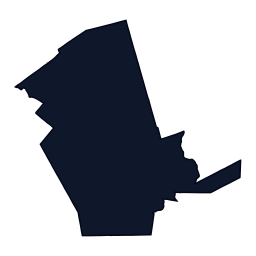 the district of Talpa, Teleorman, Romania
{"feature_id": "2599482B48667191952108", "entity_name": "Talpa", "entity_type": "district", "adm_level": 2, "iso_a3": "ROU", "parent_name": "Romania", "parent_adm1": "Teleorman", "projection": "mercator", "projection_center": [25.316, 44.288], "detail": "fine", "context": "isolated", "style": "filled", "palette": "ink", "viewbox_px": 256, "rotation_deg": 0, "n_neighbors": 0, "source": "geoboundaries", "source_scale": "gbopen_adm2", "svg_char_len": 5463}
<svg xmlns="http://www.w3.org/2000/svg" viewBox="0 0 256 256"><path d="M82.4,235.6L89.5,235.6L95.3,235.5L102.1,235.4L107.8,235.2L110.0,235.3L122.0,235.2L126.0,235.1L132.6,235.1L141.4,234.9L150.9,234.7L152.5,223.8L153.9,213.7L153.3,213.3L153.0,213.2L153.3,212.5L153.5,212.3L153.8,212.0L153.9,211.9L154.4,211.9L154.8,211.7L155.0,211.7L155.4,211.5L155.6,211.6L155.8,211.4L156.2,211.1L156.6,210.7L156.9,210.5L157.6,210.4L157.9,210.5L158.5,210.2L159.3,210.2L159.9,210.2L160.2,210.1L160.3,210.1L160.6,210.1L160.8,210.0L161.5,209.8L162.3,209.2L162.5,209.0L163.0,208.3L163.5,207.2L163.6,206.9L163.7,206.6L163.7,206.0L163.5,204.7L163.5,204.0L163.6,203.2L163.8,202.5L163.8,202.3L163.9,201.8L163.8,201.4L163.7,200.7L163.7,200.3L163.8,199.1L163.9,198.9L164.3,199.0L164.7,199.0L164.9,199.1L167.6,199.3L169.9,199.8L176.8,200.9L176.1,199.9L175.6,199.4L175.5,199.2L175.3,199.1L174.9,198.9L174.8,198.7L175.0,198.5L175.0,198.4L174.9,198.4L174.7,198.4L174.6,198.2L174.4,197.6L174.3,197.4L174.3,197.2L174.5,196.7L174.6,196.4L174.6,196.0L174.8,195.5L174.9,195.0L175.0,194.6L175.0,194.0L175.0,192.9L175.0,192.6L174.9,192.3L176.2,192.3L180.8,192.5L181.0,192.4L187.0,192.4L200.5,192.6L210.6,192.6L212.7,191.5L215.1,190.3L216.5,189.5L222.5,186.3L224.0,185.6L225.2,185.0L229.3,183.0L232.4,181.3L232.8,181.1L233.9,180.6L237.9,178.5L239.7,177.6L239.9,177.4L240.0,175.2L240.3,168.0L240.6,160.3L240.4,160.3L236.8,162.2L235.9,162.6L235.4,162.9L234.8,163.2L234.4,163.5L233.0,164.1L232.2,164.7L230.4,165.6L226.9,167.4L224.9,168.5L224.2,168.8L223.6,169.1L220.2,170.7L218.5,171.7L213.7,174.2L212.5,174.8L207.5,177.4L204.4,179.0L200.0,181.2L196.1,183.4L195.5,183.7L195.2,183.8L195.1,183.7L195.2,183.3L195.2,183.0L195.9,181.0L196.1,180.1L196.3,179.7L196.4,179.3L196.6,178.9L196.9,178.5L197.3,178.1L198.2,177.4L198.6,177.0L198.9,176.7L199.1,176.4L199.2,176.1L199.2,175.8L199.1,175.2L198.8,174.3L198.7,173.7L198.2,172.6L198.0,171.9L197.7,170.9L197.3,170.1L197.1,169.5L197.0,169.1L197.0,168.8L197.1,167.2L197.0,166.5L197.0,165.9L196.7,165.1L196.6,164.9L196.3,164.6L196.0,164.3L195.8,164.0L195.6,163.8L195.5,163.2L195.0,162.2L194.7,161.7L193.8,160.8L192.8,159.8L192.5,159.6L192.3,159.5L192.1,159.4L191.9,159.4L190.6,159.5L190.1,159.6L189.3,159.6L188.8,159.6L188.4,159.4L187.3,159.1L186.7,158.9L186.3,158.8L186.0,158.6L185.8,158.6L185.5,158.5L185.2,158.5L184.9,158.4L184.6,158.1L184.3,157.8L184.0,157.5L183.7,157.0L183.5,156.4L183.4,155.6L183.3,154.8L183.4,154.2L183.4,153.4L183.4,152.8L183.4,152.4L183.3,151.8L183.2,151.7L182.9,151.5L182.7,151.4L182.5,151.0L182.1,150.5L181.8,149.7L181.4,148.8L180.9,147.3L180.6,146.7L180.5,146.3L180.4,145.9L180.4,145.3L180.5,144.8L180.7,144.1L180.7,143.8L180.8,143.2L180.8,142.9L181.0,142.6L181.2,142.2L181.3,141.6L181.3,141.1L181.2,140.3L181.1,139.5L181.2,138.7L181.3,138.1L181.8,137.0L181.9,136.6L182.0,136.4L182.5,135.8L182.8,135.4L183.3,134.5L183.7,133.5L183.9,132.8L184.0,132.6L183.9,131.9L183.9,131.6L183.7,131.3L183.0,131.6L180.3,132.7L174.8,134.8L172.5,135.5L168.3,136.9L166.6,137.5L162.8,138.7L160.8,139.2L157.9,128.1L157.7,127.7L157.4,127.5L157.2,127.6L156.4,127.8L155.3,123.6L154.6,121.3L154.4,120.6L153.5,117.3L151.9,111.9L149.4,102.8L148.5,99.4L148.4,99.2L148.2,99.0L146.6,93.6L142.9,80.4L140.3,71.4L139.2,67.5L138.2,63.7L137.4,61.2L136.6,58.4L135.7,55.1L135.0,52.8L134.5,51.1L134.4,51.1L134.0,49.6L132.3,43.6L131.0,39.0L130.2,36.1L128.9,31.3L127.6,26.9L126.9,24.3L125.9,20.4L125.1,20.6L109.6,24.7L104.2,26.1L91.9,29.2L89.4,29.8L86.0,30.6L85.9,30.8L85.7,30.9L84.6,31.6L84.0,32.0L79.1,35.3L76.9,36.7L75.0,38.0L72.6,39.6L70.5,41.1L69.0,42.0L68.3,42.5L67.7,42.9L66.1,44.1L65.2,44.7L64.2,45.5L63.6,46.0L63.4,46.1L63.2,46.2L61.1,47.7L58.9,49.1L58.7,49.2L58.6,49.3L58.5,49.5L58.4,49.7L58.4,49.8L59.2,51.7L59.3,51.7L59.9,53.1L59.5,53.3L58.8,53.9L58.2,54.4L57.0,55.6L56.2,56.4L55.9,56.9L55.7,57.0L54.6,58.0L54.2,58.4L53.2,59.2L52.6,59.7L49.9,61.7L49.6,61.9L49.3,62.2L48.4,62.8L48.2,62.9L48.4,63.0L46.4,64.3L46.0,64.6L45.8,64.8L45.5,64.9L44.2,65.7L43.9,65.9L43.7,66.2L41.9,67.5L40.6,68.5L39.4,69.5L38.6,70.0L36.9,71.3L34.8,72.7L32.7,74.2L28.9,76.9L27.3,78.1L24.0,80.6L22.3,82.0L20.0,83.7L18.6,84.6L18.3,84.7L16.4,86.1L15.4,86.9L16.1,87.2L16.5,87.4L16.9,87.4L17.3,87.4L17.6,87.3L17.8,87.4L18.0,87.4L18.2,87.5L19.6,88.6L20.7,89.4L20.9,89.5L21.1,89.6L21.3,89.6L21.5,89.6L21.9,89.2L22.6,88.2L22.8,88.1L23.1,88.0L23.4,88.0L24.7,88.2L25.0,88.3L25.4,88.5L25.7,88.7L25.8,88.9L25.9,89.0L26.0,89.7L26.0,89.9L26.2,90.1L27.1,91.6L28.2,93.4L28.3,93.7L28.5,94.2L28.6,94.7L28.7,94.8L29.0,95.3L29.2,95.5L29.2,95.9L29.1,96.4L29.1,96.5L29.4,96.9L29.5,97.0L29.8,97.1L30.2,97.2L31.1,96.9L31.4,96.9L31.6,96.9L31.9,96.9L33.0,97.3L33.7,97.5L34.1,97.6L35.6,98.2L36.4,98.7L37.2,99.0L38.3,99.7L39.7,100.6L40.7,101.2L41.0,101.4L42.1,102.2L42.8,102.6L43.6,103.1L43.7,103.3L43.2,104.1L42.6,104.7L42.2,105.1L40.5,107.3L39.6,108.4L38.6,109.5L37.2,111.1L36.4,112.0L36.1,112.5L35.9,112.8L35.9,113.0L36.0,113.3L36.4,113.6L39.0,115.8L41.8,118.2L43.4,119.5L45.4,121.0L46.7,122.2L47.4,122.8L48.7,123.7L50.8,125.2L52.2,126.6L52.6,126.9L53.2,127.5L53.8,128.0L52.6,129.4L51.6,130.6L45.4,138.2L42.6,141.6L40.4,144.2L40.9,145.2L41.4,146.2L41.9,147.1L45.5,153.6L46.1,154.6L46.6,155.7L48.9,159.8L50.7,162.9L52.6,166.5L54.9,170.7L56.6,173.7L60.9,181.2L63.6,186.1L65.3,189.3L66.1,190.6L68.1,194.1L68.8,195.2L71.3,199.9L72.2,201.6L73.3,203.6L74.8,206.2L77.8,211.5L78.5,213.1L78.4,213.2L79.0,216.9L79.7,220.7L80.9,226.7L80.9,227.2L81.6,231.5L82.4,235.6Z" fill="#0f172a" stroke="#020617" stroke-width="1.5"/></svg>